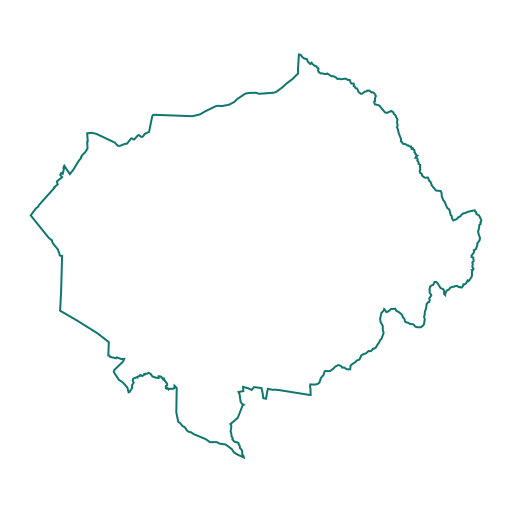 Turbaco, Bolívar, Colombia (Robinson projection)
{"feature_id": "7082276B46963019811413", "entity_name": "Turbaco", "entity_type": "district", "adm_level": 2, "iso_a3": "COL", "parent_name": "Colombia", "parent_adm1": "Bolívar", "projection": "robinson", "projection_center": [-75.373, 10.349], "detail": "fine", "context": "isolated", "style": "outline", "palette": "teal", "viewbox_px": 512, "rotation_deg": 0, "n_neighbors": 0, "source": "geoboundaries", "source_scale": "gbopen_adm2", "svg_char_len": 6017}
<svg xmlns="http://www.w3.org/2000/svg" viewBox="0 0 512 512"><path d="M445.2,295.0L445.3,293.5L446.5,291.0L447.3,290.2L448.9,289.6L450.4,287.6L452.5,286.8L454.3,286.7L454.8,286.2L456.2,285.9L457.3,286.0L458.7,287.1L460.1,287.0L460.9,287.5L461.8,287.5L462.9,286.1L463.4,284.3L464.5,284.5L466.1,283.3L467.6,280.5L468.3,281.2L468.8,280.9L471.5,277.1L472.0,275.0L471.9,272.3L472.3,271.1L471.8,270.0L473.0,269.7L473.5,268.8L472.3,266.7L472.7,264.5L472.4,262.2L473.5,261.5L473.6,260.6L473.2,257.5L471.6,257.1L471.5,255.6L473.4,253.3L474.2,251.2L473.8,250.2L475.7,249.3L477.3,245.4L477.3,243.4L479.6,240.3L480.0,237.8L478.7,234.6L478.1,231.2L479.1,228.1L479.3,225.0L480.6,224.1L480.4,222.2L481.1,221.6L481.3,220.2L479.1,215.5L476.4,214.0L476.2,212.2L474.9,211.3L474.6,210.3L467.8,211.8L465.1,213.1L463.3,213.3L461.3,214.9L460.3,216.4L458.5,217.1L456.6,219.2L453.3,220.4L452.0,218.4L451.7,215.9L450.7,215.1L449.5,210.2L449.0,209.3L447.1,207.8L444.5,201.5L443.2,200.1L441.7,196.1L441.7,193.8L441.2,191.9L440.5,191.0L435.9,190.5L431.9,185.5L430.4,181.6L429.4,181.2L427.9,177.5L425.3,177.8L423.9,177.1L421.9,175.5L421.9,174.1L421.2,173.4L419.9,172.7L419.7,171.4L420.2,169.8L420.0,166.1L420.3,165.0L418.5,163.8L418.6,162.2L417.3,160.6L417.7,159.6L417.4,158.6L416.7,158.0L415.4,157.8L415.8,157.0L417.3,155.7L416.3,155.2L416.2,154.5L415.3,153.8L415.1,152.8L414.4,152.3L414.6,151.0L414.4,150.2L413.2,149.5L412.6,148.1L412.2,148.2L412.1,149.0L411.6,148.9L411.1,146.6L409.4,146.4L408.6,145.5L407.6,145.6L405.6,144.2L402.8,143.7L401.7,141.7L400.9,141.4L401.1,139.1L398.7,133.2L398.0,129.8L397.0,127.2L397.7,125.1L397.0,122.6L397.5,119.7L395.2,115.0L394.0,114.2L393.2,112.1L392.5,112.0L391.4,110.9L386.9,112.9L385.0,112.4L379.3,105.5L374.9,104.3L374.1,102.0L374.3,101.3L375.1,101.0L375.0,98.3L375.9,96.0L374.3,93.3L372.8,92.3L371.4,92.4L369.5,90.7L367.4,90.5L366.5,91.4L364.8,91.7L362.3,93.6L360.9,93.8L358.5,91.9L357.1,88.5L355.5,88.1L354.8,86.6L353.7,86.1L353.9,84.3L353.6,83.5L351.4,83.5L350.9,83.0L349.7,79.9L348.0,80.0L345.6,78.6L341.0,79.3L339.2,78.7L337.5,79.0L335.6,77.2L333.2,76.2L331.4,76.2L327.3,73.5L326.0,74.2L325.6,73.9L324.4,74.0L322.8,73.4L320.5,73.4L318.5,71.7L318.0,70.1L318.5,69.4L318.5,68.8L317.9,67.8L317.0,67.5L316.1,66.2L314.7,65.8L312.5,64.1L311.6,62.7L310.2,64.0L307.7,61.5L307.0,59.2L304.2,58.5L302.1,56.9L300.8,54.9L298.9,54.5L298.0,69.0L298.1,73.4L292.3,79.2L286.7,83.4L282.3,87.4L276.6,91.6L275.1,92.3L273.9,92.7L259.2,93.8L255.8,92.8L249.8,92.9L245.3,93.6L237.0,99.2L234.4,101.9L229.1,104.7L221.8,106.1L218.0,105.8L215.5,106.3L204.9,111.5L200.0,114.4L192.3,116.2L154.5,114.8L153.1,115.0L152.2,116.3L149.1,131.8L144.5,134.1L143.4,136.0L142.1,136.9L141.2,136.9L138.9,135.0L137.8,135.5L134.3,139.4L133.5,139.4L131.8,138.3L131.2,138.4L127.0,143.6L124.5,144.0L119.9,145.9L117.9,145.8L114.6,142.5L96.2,133.8L91.6,132.8L87.2,133.3L87.7,140.6L87.7,141.5L87.2,141.7L87.5,148.5L85.3,152.1L82.4,155.0L81.0,157.1L81.3,157.5L80.7,158.5L78.4,161.3L73.6,169.3L69.9,174.1L64.5,166.1L64.2,167.5L63.8,167.0L63.5,168.0L64.1,168.2L62.7,173.8L61.4,172.9L60.2,174.8L62.1,177.2L56.8,181.5L57.7,184.4L54.2,187.3L54.5,187.7L38.9,205.1L38.2,206.6L35.8,208.6L30.7,215.4L48.7,237.8L52.0,240.4L52.4,242.6L58.0,249.7L58.2,250.9L59.2,252.7L59.6,255.1L60.5,255.8L62.1,255.8L61.1,291.5L60.1,310.7L77.0,320.5L97.5,333.3L108.8,342.1L108.3,355.4L109.6,355.7L109.9,356.8L116.0,358.3L116.9,357.4L121.4,359.1L124.2,358.9L123.2,361.3L122.4,362.2L114.5,369.8L113.8,371.4L113.9,372.3L118.9,379.8L122.8,382.4L127.1,387.2L127.6,388.3L128.6,392.3L129.7,391.9L132.1,387.9L132.3,387.4L131.9,385.4L133.7,382.6L132.7,380.8L133.3,378.6L136.8,377.2L137.6,377.5L137.9,376.6L139.9,375.8L140.2,375.1L140.9,375.7L141.5,375.4L142.4,376.0L143.9,375.0L144.2,374.0L145.4,374.3L145.7,373.8L147.3,373.6L148.6,372.8L150.6,373.9L152.5,376.5L155.5,377.6L158.6,378.0L158.6,376.3L160.3,376.4L161.4,376.9L161.5,377.7L162.3,378.0L163.2,379.5L163.9,378.7L164.9,380.8L167.2,383.8L167.1,385.3L165.8,386.1L165.9,388.3L166.8,388.7L167.6,388.1L168.6,389.5L169.1,388.8L173.2,388.8L174.3,388.2L174.5,385.7L176.7,388.0L176.3,412.3L178.2,421.7L180.2,423.3L182.8,426.3L184.4,426.9L185.8,428.6L186.5,430.0L188.3,431.6L191.3,432.4L193.6,434.1L205.7,439.1L209.9,442.1L216.7,442.1L219.9,443.7L225.6,444.5L231.8,449.1L233.9,452.4L237.5,454.6L243.8,457.5L243.4,455.9L242.2,454.4L242.2,451.6L241.6,449.7L240.0,448.2L239.5,445.3L238.5,444.1L238.6,443.2L237.7,442.4L234.5,441.8L232.4,439.4L232.7,438.2L231.6,436.4L231.2,433.0L230.6,431.5L231.3,426.9L231.2,425.2L230.4,424.1L237.8,417.8L242.6,405.4L243.7,404.8L241.9,403.7L240.6,401.8L239.6,394.4L238.5,392.0L243.3,391.1L243.1,386.9L248.0,388.2L251.6,389.9L254.1,387.1L261.5,388.1L262.6,393.0L263.3,398.2L266.0,398.7L267.8,388.9L273.5,389.9L274.4,389.6L279.3,390.1L310.6,395.1L310.5,389.1L310.0,386.2L310.4,384.4L314.4,384.6L316.6,384.3L318.4,383.5L319.5,382.4L320.8,378.2L323.5,375.0L324.6,371.4L325.4,371.0L329.0,371.2L330.3,370.9L333.6,368.4L335.3,366.6L337.9,365.2L338.8,365.1L341.6,366.5L342.2,367.6L344.1,367.5L346.9,369.3L350.2,369.3L350.5,365.8L351.7,364.5L355.5,362.0L356.6,360.6L359.5,359.5L361.3,355.4L363.0,354.3L365.7,353.5L368.7,351.0L370.7,351.2L372.1,350.0L372.8,348.8L374.2,348.7L375.9,347.5L377.9,344.0L378.9,342.9L380.0,340.3L381.4,339.0L383.5,333.3L383.6,332.3L383.0,331.0L382.7,328.9L382.8,326.0L380.6,322.0L380.1,318.9L381.4,313.0L384.0,310.1L384.2,309.1L384.9,309.7L386.4,312.1L388.4,311.4L390.8,309.1L395.2,308.7L396.4,310.8L398.7,312.0L402.0,314.7L403.0,317.5L403.9,318.2L404.7,319.7L404.9,321.2L405.5,322.0L408.6,323.0L410.0,323.9L413.5,324.4L414.8,326.2L415.9,326.9L417.8,327.3L421.1,327.2L421.7,326.4L422.7,326.0L423.9,324.3L424.7,319.9L424.7,318.7L424.0,316.8L424.6,315.3L424.9,311.5L426.1,308.5L426.6,304.1L428.1,302.3L429.2,302.0L429.7,300.1L429.3,298.3L431.2,295.5L431.3,295.1L429.7,292.8L429.5,291.9L429.8,290.7L429.5,289.3L430.1,286.5L431.5,285.5L433.2,284.9L434.6,281.9L436.3,282.0L437.7,283.4L440.5,288.0L443.5,289.4L444.2,291.8L444.0,293.8L445.2,295.0Z" fill="none" stroke="#0f766e" stroke-width="2"/></svg>